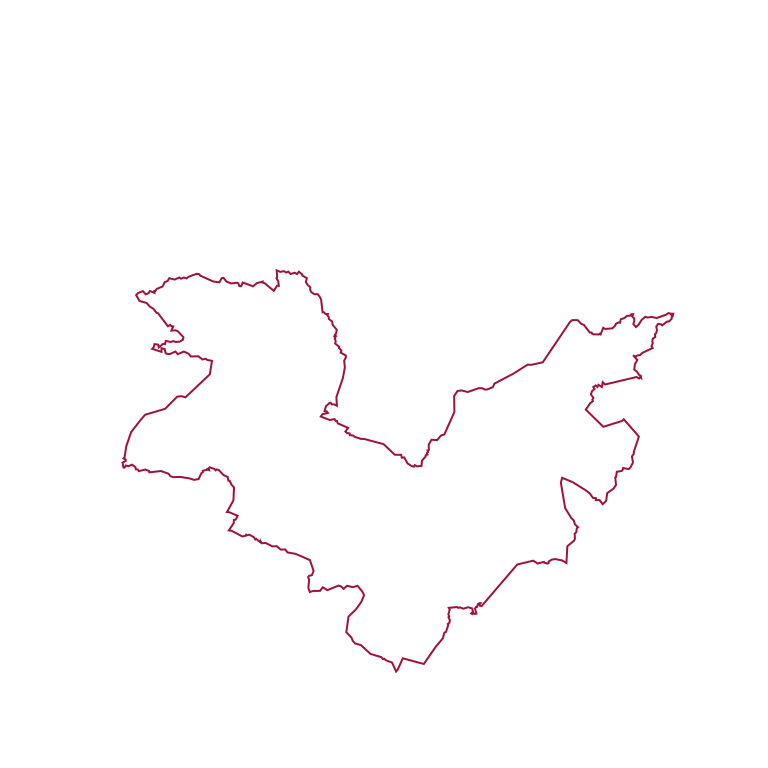 Uruapan, Michoacán, Mexico, rotated 126°
{"feature_id": "50627088B85692004459337", "entity_name": "Uruapan", "entity_type": "district", "adm_level": 2, "iso_a3": "MEX", "parent_name": "Mexico", "parent_adm1": "Michoacán", "projection": "robinson", "projection_center": [-102.127, 19.406], "detail": "fine", "context": "isolated", "style": "outline", "palette": "rose", "viewbox_px": 768, "rotation_deg": 126, "n_neighbors": 0, "source": "geoboundaries", "source_scale": "gbopen_adm2", "svg_char_len": 6166}
<svg xmlns="http://www.w3.org/2000/svg" viewBox="0 0 768 768"><g transform="rotate(126 384 384)"><path d="M457.8,636.8L460.5,630.7L458.0,623.7L459.0,618.8L458.7,614.9L460.1,610.0L459.6,608.3L464.3,592.8L461.8,591.7L462.1,590.0L461.3,588.4L465.8,587.4L463.2,584.3L462.5,582.2L464.0,573.8L466.4,572.7L469.9,574.2L472.7,577.6L473.1,579.7L475.4,581.3L477.4,585.9L480.5,584.6L481.3,586.3L486.8,587.7L484.9,589.9L486.6,593.1L489.8,591.9L491.8,592.2L488.8,582.9L485.9,585.0L484.6,582.1L487.5,578.6L486.5,576.0L485.6,574.8L480.3,571.8L481.1,568.4L475.4,565.0L474.4,559.9L475.2,556.3L470.7,550.5L470.9,545.3L468.3,543.0L468.5,541.4L466.4,536.8L478.5,530.6L511.5,536.8L513.0,540.9L515.9,543.9L532.7,546.5L549.3,559.2L557.0,559.8L571.6,560.3L585.9,555.9L595.8,550.8L597.3,550.9L596.9,548.6L598.0,547.7L601.3,549.3L604.7,545.7L604.1,544.8L601.7,544.9L600.7,542.4L597.4,540.5L597.3,536.3L598.9,534.7L597.8,532.8L598.6,531.2L593.4,526.7L592.5,523.0L593.4,521.9L585.5,513.3L583.2,505.5L584.1,502.7L583.3,499.8L578.9,494.2L574.7,485.9L573.2,481.3L569.9,478.1L563.6,479.3L561.6,478.8L560.7,479.6L557.7,476.9L556.9,477.1L556.5,474.9L555.2,476.4L553.8,476.0L552.4,471.2L552.8,469.5L551.6,469.3L550.7,467.2L552.0,460.4L551.1,455.8L553.7,453.1L553.0,452.1L555.1,448.2L555.9,444.5L566.7,437.4L579.9,435.8L578.7,433.8L576.6,424.9L581.0,424.3L582.2,425.6L584.8,423.8L593.7,423.5L592.3,421.0L590.6,409.0L588.3,406.9L587.0,407.0L587.1,406.0L585.1,404.5L584.4,399.5L585.4,396.7L584.4,396.4L584.8,391.5L584.6,390.7L584.0,391.1L584.8,389.5L582.1,386.1L581.0,378.8L578.3,375.6L578.7,370.3L575.9,366.6L577.0,363.1L573.4,355.8L570.0,340.4L576.6,331.1L581.0,330.0L583.3,331.9L584.8,331.9L586.5,329.4L593.4,325.4L595.9,321.7L593.1,319.7L589.0,314.2L584.4,314.0L584.1,308.7L573.7,302.2L573.0,299.7L573.5,296.3L569.0,295.3L566.7,289.9L562.8,286.7L564.9,279.0L566.6,276.0L573.3,274.3L582.7,274.2L593.0,276.0L607.0,268.6L608.3,261.3L610.2,258.2L610.9,254.9L608.8,249.2L610.3,236.2L606.6,225.7L607.2,223.0L606.2,222.3L606.4,220.0L604.6,213.8L609.5,205.2L607.0,205.0L594.9,207.6L587.1,187.2L566.2,187.7L555.1,186.9L549.7,189.0L548.2,188.1L541.1,190.4L540.7,191.3L538.7,190.7L536.4,191.9L534.7,194.8L533.8,194.6L532.4,196.6L527.9,198.2L527.0,200.0L521.5,193.8L521.4,192.2L520.0,191.2L519.2,187.9L515.1,184.6L513.7,180.7L515.8,178.3L518.4,178.6L518.1,177.1L516.6,177.8L516.6,175.3L515.4,174.3L512.2,178.4L510.3,178.5L509.7,177.7L506.8,178.6L505.0,177.8L504.6,177.1L506.7,177.3L507.0,176.0L506.2,174.5L451.7,170.1L439.2,159.4L439.0,154.3L434.0,150.1L434.4,149.6L433.2,146.2L432.1,145.6L430.8,146.4L427.4,145.0L425.0,142.6L422.0,136.1L421.6,131.2L407.5,140.3L398.8,138.1L396.8,138.7L393.2,141.7L390.9,141.3L387.5,143.2L385.9,142.8L385.3,147.1L382.8,150.3L382.4,153.6L378.0,164.4L360.0,182.8L355.2,184.8L352.5,173.8L351.4,157.6L351.6,153.0L353.3,148.1L351.8,145.4L353.5,144.4L351.2,141.4L352.7,136.4L347.9,135.6L341.1,139.3L333.7,136.8L329.2,137.0L323.8,141.9L322.6,141.7L318.2,144.1L314.8,140.7L313.2,140.4L311.5,141.2L309.0,136.0L306.6,135.6L301.2,136.4L296.8,140.9L293.6,140.9L292.1,142.0L276.7,146.9L271.6,169.3L274.1,169.8L289.7,181.4L286.1,205.7L278.2,205.9L275.1,204.9L274.3,206.2L272.1,206.5L270.8,210.5L267.7,211.5L264.3,210.8L263.5,212.9L260.7,211.9L260.9,209.6L258.6,210.0L258.4,206.0L254.0,208.1L254.5,204.9L229.9,183.8L229.6,180.9L227.8,180.9L227.9,179.6L226.4,181.1L226.7,183.1L225.3,186.7L225.2,190.1L220.4,192.7L215.6,193.2L214.4,199.3L213.9,196.5L212.1,195.9L209.9,193.7L207.0,193.3L197.0,187.8L196.2,189.8L192.7,190.7L191.8,192.0L189.3,193.2L186.5,192.2L184.5,194.0L182.9,193.7L180.0,194.8L177.5,197.5L174.3,197.6L172.8,194.9L173.1,193.4L167.2,191.8L165.9,190.2L162.1,189.6L160.9,190.6L159.7,190.2L157.1,191.3L157.7,192.1L158.3,191.3L159.2,191.9L158.8,194.2L159.4,195.5L162.2,196.6L170.3,202.1L172.5,207.0L175.3,209.8L176.0,212.1L180.8,213.3L186.5,212.8L189.9,213.7L188.9,217.5L185.8,218.6L183.9,220.1L183.5,222.9L181.1,223.5L182.2,224.9L184.3,225.2L186.0,227.4L189.8,228.5L192.4,230.5L195.7,229.1L196.5,230.6L199.1,231.8L201.0,231.2L204.9,232.1L209.5,237.5L209.7,239.7L216.6,237.9L216.6,239.1L217.8,239.5L220.6,243.6L220.9,245.5L220.3,246.2L221.4,247.9L218.7,256.9L219.4,259.7L218.5,264.8L221.7,269.3L224.5,270.0L273.1,268.3L281.8,276.0L283.9,279.2L299.3,285.3L318.8,294.9L322.5,294.1L327.8,297.3L329.2,299.1L329.7,302.2L331.8,305.0L341.2,311.5L343.6,317.4L346.4,320.4L352.5,320.2L365.1,310.7L389.3,305.5L392.2,307.6L398.2,308.1L401.2,312.8L406.8,312.2L410.6,309.2L411.7,308.9L412.2,309.7L413.2,308.4L414.8,308.7L415.5,307.4L417.1,308.4L418.3,307.7L423.8,308.2L428.2,305.5L431.3,309.1L431.5,311.3L433.3,311.2L434.2,313.5L434.4,318.3L431.5,324.5L433.1,326.2L431.2,328.5L434.9,333.7L432.9,349.0L440.1,367.7L441.9,370.2L444.0,376.9L443.8,378.7L445.5,381.6L444.2,382.7L445.4,385.1L445.2,387.3L440.6,387.2L443.0,398.3L441.5,400.5L442.3,401.5L441.4,403.4L445.0,406.7L447.5,416.0L444.7,416.1L440.4,412.4L439.8,414.2L440.8,416.2L436.1,417.9L431.4,416.9L430.5,416.1L431.2,414.5L429.7,412.0L429.3,409.3L422.6,414.8L403.3,420.8L393.6,425.4L388.6,429.9L384.9,430.5L383.4,431.7L384.1,437.5L382.0,438.1L381.3,441.6L380.2,442.2L380.0,447.3L377.8,448.2L376.1,450.6L375.2,450.5L374.7,452.0L373.5,451.2L373.3,452.6L371.3,452.4L367.9,454.1L366.3,460.3L363.9,462.7L363.8,466.8L362.3,468.1L361.9,470.0L360.4,470.5L361.7,472.5L361.3,474.9L362.1,475.8L352.8,484.4L351.3,487.0L350.3,490.4L352.3,493.2L352.4,497.0L350.9,499.4L349.1,500.5L348.7,504.0L347.5,507.1L343.7,508.6L344.3,513.8L343.5,514.5L343.2,518.9L346.2,519.0L346.4,521.6L349.9,524.2L349.3,527.5L351.3,528.6L351.5,531.2L354.2,533.8L355.2,537.6L360.2,533.3L361.6,533.2L362.9,530.1L366.4,526.8L367.5,528.3L373.4,527.9L372.6,540.0L373.4,542.2L372.6,542.5L377.2,546.2L382.0,547.4L384.9,557.9L388.9,557.1L389.8,558.6L388.1,561.1L388.5,562.5L392.5,566.7L393.7,571.5L392.5,576.2L393.7,577.5L398.4,576.9L399.4,578.5L401.5,582.6L404.3,596.1L403.8,598.2L405.0,600.4L412.1,605.1L414.5,605.7L415.5,608.5L418.1,610.1L418.1,612.2L422.6,614.8L424.6,619.9L427.9,619.6L430.5,621.3L435.2,620.4L440.7,623.8L443.2,623.6L443.7,624.5L445.2,623.2L446.4,628.1L449.0,627.9L451.5,629.4L450.6,633.7L455.0,636.5L457.8,636.8Z" fill="none" stroke="#9f1239" stroke-width="2"/></g></svg>